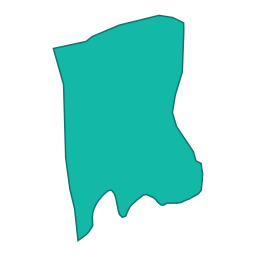 San Marcos La Laguna, Sololá, Guatemala
{"feature_id": "79465075B78154513463269", "entity_name": "San Marcos La Laguna", "entity_type": "district", "adm_level": 2, "iso_a3": "GTM", "parent_name": "Guatemala", "parent_adm1": "Sololá", "projection": "equal_earth", "projection_center": [-91.257, 14.734], "detail": "fine", "context": "isolated", "style": "filled", "palette": "teal", "viewbox_px": 256, "rotation_deg": 0, "n_neighbors": 0, "source": "geoboundaries", "source_scale": "gbopen_adm2", "svg_char_len": 931}
<svg xmlns="http://www.w3.org/2000/svg" viewBox="0 0 256 256"><path d="M201.2,163.5L195.9,160.8L193.4,151.8L176.5,126.5L172.4,112.5L175.3,94.8L182.3,71.9L183.7,33.6L183.8,29.1L183.6,22.9L172.9,17.6L159.0,15.4L119.0,25.2L92.4,36.5L86.0,41.5L53.4,48.5L63.6,84.6L65.7,157.9L69.9,189.1L74.7,209.1L78.0,240.6L86.4,234.5L89.3,231.3L92.7,225.6L92.5,220.6L92.4,216.6L92.8,212.3L94.3,208.0L96.5,203.5L98.8,200.2L100.8,197.7L103.2,194.9L107.8,190.9L111.4,190.1L114.3,193.5L115.8,198.0L118.5,211.4L119.6,214.6L122.3,217.2L125.5,216.2L126.7,213.6L127.9,210.6L130.1,206.6L132.6,203.9L136.5,200.4L139.9,197.7L143.2,195.2L146.1,194.5L149.2,195.7L153.2,197.5L156.1,200.0L157.8,202.3L161.0,204.9L163.6,205.2L166.7,203.2L170.0,203.1L174.0,203.1L176.3,203.2L180.9,202.5L183.7,201.2L185.9,200.2L189.1,199.0L191.5,197.6L198.2,193.9L201.2,190.4L202.2,180.6L202.6,173.7L201.8,168.7L201.2,163.5Z" fill="#14b8a6" stroke="#0f766e" stroke-width="1.5"/></svg>